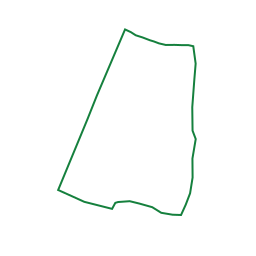 Motufoua, Tuvalu, rotated 167°
{"feature_id": "33948139B1978289965587", "entity_name": "Motufoua", "entity_type": "district", "adm_level": 2, "iso_a3": "TUV", "parent_name": "Tuvalu", "parent_adm1": "", "projection": "mercator", "projection_center": [178.693, -7.491], "detail": "fine", "context": "isolated", "style": "outline", "palette": "green", "viewbox_px": 256, "rotation_deg": 167, "n_neighbors": 0, "source": "geoboundaries", "source_scale": "gbopen_adm2", "svg_char_len": 551}
<svg xmlns="http://www.w3.org/2000/svg" viewBox="0 0 256 256"><g transform="rotate(167 128 128)"><path d="M108.7,224.7L151.1,166.5L165.8,145.3L210.0,83.3L187.2,65.9L161.7,52.8L157.2,57.9L154.3,58.1L142.8,56.3L133.9,51.8L122.2,45.4L114.7,37.9L104.1,33.5L95.9,31.3L89.0,40.3L82.2,50.4L76.2,65.2L72.1,83.7L64.5,102.0L65.7,110.9L60.7,133.8L52.4,160.5L47.6,175.5L46.0,193.0L50.4,195.1L56.4,196.5L63.9,198.5L72.5,200.4L78.8,203.5L83.3,206.5L86.8,208.5L93.5,213.0L99.6,216.6L103.7,220.8L108.7,224.7Z" fill="none" stroke="#15803d" stroke-width="2"/></g></svg>